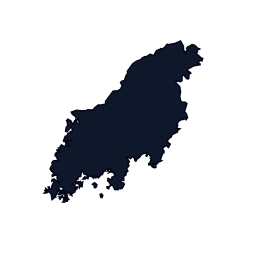 the district of Kurigram, Rangpur, Bangladesh, rotated 231°
{"feature_id": "16705992B97164497642406", "entity_name": "Kurigram", "entity_type": "district", "adm_level": 2, "iso_a3": "BGD", "parent_name": "Bangladesh", "parent_adm1": "Rangpur", "projection": "mercator", "projection_center": [89.627, 25.805], "detail": "fine", "context": "isolated", "style": "filled", "palette": "ink", "viewbox_px": 256, "rotation_deg": 231, "n_neighbors": 0, "source": "geoboundaries", "source_scale": "gbopen_adm2", "svg_char_len": 5733}
<svg xmlns="http://www.w3.org/2000/svg" viewBox="0 0 256 256"><g transform="rotate(231 128 128)"><path d="M143.9,234.0L145.5,232.5L150.3,231.9L152.5,230.3L153.3,224.2L152.7,223.1L153.0,224.3L152.1,223.4L150.6,223.6L151.2,221.7L151.0,220.9L149.7,220.6L149.6,219.4L153.9,220.4L156.7,222.5L162.5,223.6L164.1,217.9L167.3,211.9L168.4,211.2L168.3,209.6L167.7,209.3L167.7,204.8L169.0,203.6L168.7,202.0L169.4,201.8L170.1,198.6L168.1,193.5L171.4,191.6L171.7,187.7L172.9,185.9L173.5,183.1L173.0,181.4L174.6,176.5L174.9,172.1L172.5,163.2L170.8,162.3L169.7,159.0L167.1,155.1L168.3,152.4L168.0,150.8L164.6,150.1L162.9,146.7L163.3,143.6L166.0,139.6L162.7,127.1L160.6,126.0L162.8,121.4L164.6,119.5L164.7,114.7L164.0,112.2L167.6,108.0L167.5,107.0L170.2,103.2L174.2,99.1L176.0,93.9L173.8,93.5L166.3,95.2L165.5,94.9L166.2,94.1L162.4,93.9L162.5,92.4L163.7,91.5L167.7,93.0L166.7,91.6L167.2,91.1L166.3,89.3L165.2,88.3L166.9,87.5L169.6,88.1L172.7,86.8L172.4,85.1L171.7,85.5L171.6,84.8L167.9,82.9L167.4,80.3L164.7,77.4L163.7,78.1L163.7,80.0L164.8,84.8L161.3,83.5L160.1,81.0L160.9,81.5L161.4,81.0L161.1,79.5L161.7,78.0L160.2,75.5L161.1,74.1L158.7,69.8L158.1,69.6L157.3,72.7L154.8,76.1L154.1,75.3L155.5,74.9L155.5,73.6L157.2,70.6L155.4,70.1L154.8,72.1L154.1,71.7L154.2,70.6L152.4,70.6L151.7,71.9L151.0,71.2L152.3,69.6L154.2,68.8L153.5,67.9L153.6,66.5L156.6,65.9L156.5,64.5L155.9,64.6L156.4,64.4L155.7,62.6L156.1,61.7L154.7,62.0L155.7,59.0L154.8,58.6L153.6,60.0L152.7,60.0L153.8,56.8L152.8,56.4L153.7,55.6L153.1,54.5L152.1,53.9L150.2,54.8L149.1,53.6L147.2,53.7L147.0,52.6L149.2,49.8L149.4,48.4L148.7,46.8L146.7,46.1L146.6,44.5L145.3,41.8L143.0,41.4L139.3,42.1L139.1,39.6L138.5,39.9L138.0,39.0L137.0,42.1L135.1,43.2L134.2,41.6L129.1,39.5L134.3,38.8L135.2,37.8L133.0,36.9L130.6,31.9L130.0,32.0L128.9,30.0L130.0,28.9L131.6,29.7L132.9,28.5L131.5,29.2L130.3,27.9L130.2,25.4L131.3,26.4L132.5,26.1L131.2,25.5L132.0,24.8L131.8,24.2L130.8,24.6L130.1,22.0L128.7,24.2L128.6,26.5L125.0,26.7L120.2,23.9L120.1,26.3L120.7,26.7L119.8,28.4L121.2,28.7L121.4,31.4L123.8,33.8L122.8,34.2L123.2,35.0L122.1,35.0L120.5,33.8L120.3,32.4L119.4,32.4L119.0,33.4L120.0,33.7L118.8,34.0L118.8,35.3L121.3,36.6L121.6,35.7L123.7,36.3L125.0,35.9L125.7,37.2L124.9,38.6L123.8,38.8L123.6,40.1L121.2,39.5L121.1,38.2L119.8,38.3L121.0,37.2L119.9,36.1L118.4,37.2L118.0,38.5L117.5,37.9L118.0,36.5L115.7,37.1L114.7,36.1L114.6,37.2L116.1,37.3L116.1,38.0L115.1,37.7L115.2,39.1L117.1,39.2L115.0,40.7L114.5,41.5L115.2,41.8L115.0,42.7L114.3,42.6L114.5,41.6L113.6,42.1L112.7,41.0L110.8,41.9L112.3,42.7L111.8,46.1L113.3,49.4L113.7,48.9L114.3,49.6L114.3,50.2L113.0,50.2L113.7,51.6L114.4,51.3L115.5,49.1L117.2,51.1L118.5,48.9L119.4,51.4L115.8,54.3L113.9,54.4L113.4,53.1L112.3,52.7L112.9,53.7L111.8,54.0L112.9,54.1L112.7,55.1L111.4,55.4L114.6,58.8L114.8,57.1L116.5,57.2L115.8,55.0L117.5,55.8L118.0,54.0L119.4,54.2L120.7,56.1L119.8,56.6L120.1,57.4L121.4,58.2L120.2,60.8L123.8,64.7L123.6,65.4L119.7,65.0L117.0,67.4L116.3,66.5L116.6,65.7L115.0,65.8L114.5,64.6L113.8,65.0L115.7,67.3L112.4,69.6L111.0,69.5L112.2,71.2L111.6,71.8L109.8,71.1L109.0,73.1L109.5,74.0L109.1,74.5L108.0,74.0L108.6,77.7L108.0,78.8L109.7,81.9L109.0,82.9L109.8,84.8L109.5,86.4L109.1,85.7L107.6,85.8L107.5,84.9L106.9,85.7L107.6,85.9L107.9,88.0L105.9,88.4L105.3,85.3L104.5,87.6L103.4,87.9L103.4,89.0L99.7,88.0L99.1,86.5L99.9,84.6L98.4,83.2L99.0,81.9L101.3,81.0L101.3,80.3L100.6,80.4L99.7,79.0L98.1,79.2L99.4,79.2L98.9,80.0L97.3,79.1L95.5,79.2L94.9,78.3L92.7,80.0L88.7,79.0L86.4,81.2L86.7,82.8L85.5,83.9L84.8,85.7L86.7,89.9L88.6,89.7L90.9,87.8L91.2,88.5L90.4,88.8L91.5,89.3L91.5,90.6L89.9,91.7L93.2,94.2L92.8,96.8L94.6,98.6L94.5,100.7L97.2,101.3L98.1,105.0L100.5,105.8L100.9,107.8L106.3,108.6L106.3,109.4L102.7,110.6L102.7,113.8L102.2,114.4L97.9,112.8L97.3,113.5L98.1,115.1L98.1,119.5L98.8,120.0L98.6,123.7L97.2,126.1L95.6,126.1L95.1,124.5L94.4,124.6L94.3,125.6L95.3,126.0L94.9,128.2L92.6,127.5L92.0,128.3L90.0,127.0L89.0,127.3L90.0,126.3L88.2,126.3L88.5,125.4L86.9,122.4L87.3,121.7L86.2,121.0L84.1,123.4L83.2,122.4L81.5,122.8L80.1,124.0L80.0,125.2L81.0,125.5L81.0,124.6L82.4,123.9L83.3,125.3L84.2,125.0L83.8,125.9L84.4,126.6L83.4,126.0L83.4,126.7L82.9,126.0L81.7,126.7L82.3,130.0L81.4,133.5L82.5,132.9L83.9,134.6L86.2,138.7L86.5,141.0L87.7,140.7L87.8,141.6L89.2,141.4L90.8,142.8L90.3,146.6L87.4,147.2L88.9,150.7L92.5,149.8L94.0,152.3L93.9,156.2L95.1,157.9L93.8,163.9L94.9,164.1L94.8,167.7L96.5,166.0L97.5,166.5L97.5,165.0L98.7,166.7L98.5,168.1L100.3,168.9L101.4,171.3L100.8,175.3L101.3,176.5L99.9,176.2L99.3,178.2L97.9,178.3L98.6,180.7L102.0,182.2L105.3,182.3L109.9,189.1L112.0,188.7L114.0,186.3L116.2,186.0L120.3,188.3L122.8,191.4L127.6,194.2L132.9,193.7L134.3,194.7L134.3,195.3L133.3,195.5L133.1,196.8L131.2,197.5L130.7,198.9L131.1,200.1L133.9,202.1L134.4,203.9L133.4,204.8L129.5,204.6L128.2,205.7L128.4,206.6L131.5,209.2L131.1,211.3L133.8,210.9L134.0,210.2L136.3,210.9L134.9,218.3L131.8,223.8L132.8,224.3L134.6,222.9L135.1,226.8L133.6,227.6L135.0,229.8L136.1,229.0L143.6,227.9L143.4,230.0L145.3,230.5L143.9,234.0ZM113.6,33.2L110.6,34.0L110.1,35.8L111.1,35.5L109.9,37.0L113.1,37.3L113.4,37.9L113.5,37.2L114.4,37.4L112.6,36.2L114.1,35.2L113.6,33.2ZM104.9,65.6L102.9,64.4L102.1,65.0L102.2,66.4L103.6,68.2L106.5,67.6L106.7,65.0L104.9,65.6ZM91.1,63.3L90.3,64.0L91.5,66.0L93.7,65.9L93.8,64.4L91.1,63.3ZM94.5,74.0L93.0,74.6L94.0,76.7L93.8,77.8L95.5,74.5L94.5,74.0ZM117.3,63.7L116.7,60.9L115.3,62.7L115.8,64.0L117.3,63.7ZM117.6,31.3L115.8,32.1L116.2,33.9L114.8,33.6L116.9,34.8L116.7,32.8L117.6,31.3ZM112.4,33.1L111.5,30.7L110.4,32.1L112.4,33.1ZM135.4,37.0L135.4,35.8L134.6,35.4L134.5,36.3L135.4,37.0ZM116.4,30.3L114.8,30.4L116.5,30.8L116.4,30.3ZM109.0,35.2L110.0,34.6L109.8,34.0L109.0,35.2Z" fill="#0f172a" stroke="#020617" stroke-width="1.5"/></g></svg>